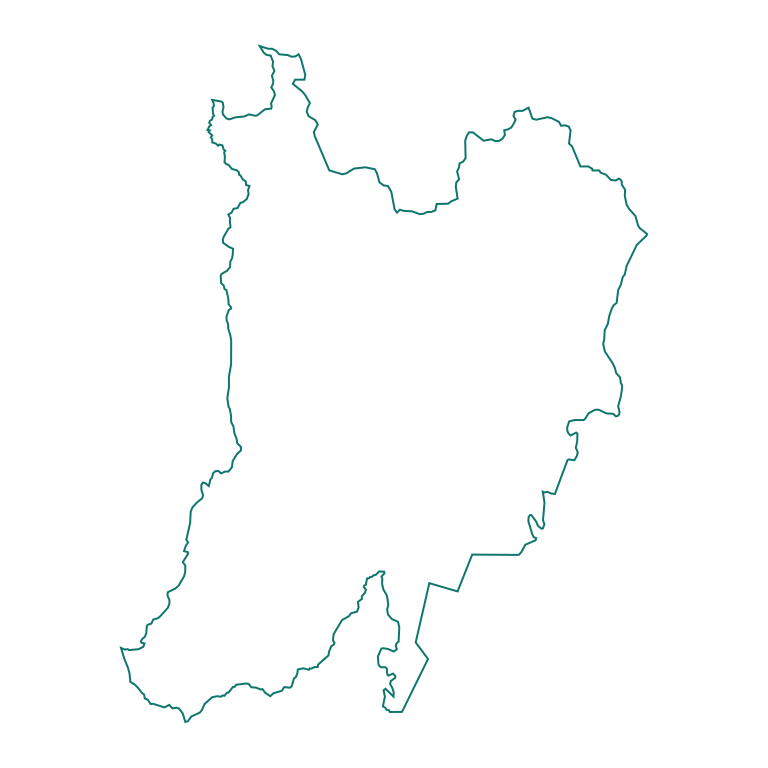 Machadinho D'Oeste, Rondônia, Brazil (Robinson projection)
{"feature_id": "56859067B12494646191550", "entity_name": "Machadinho D'Oeste", "entity_type": "district", "adm_level": 2, "iso_a3": "BRA", "parent_name": "Brazil", "parent_adm1": "Rondônia", "projection": "robinson", "projection_center": [-62.078, -9.19], "detail": "fine", "context": "isolated", "style": "outline", "palette": "teal", "viewbox_px": 768, "rotation_deg": 0, "n_neighbors": 0, "source": "geoboundaries", "source_scale": "gbopen_adm2", "svg_char_len": 6098}
<svg xmlns="http://www.w3.org/2000/svg" viewBox="0 0 768 768"><path d="M185.3,721.9L187.8,721.3L191.3,716.5L199.8,712.6L202.0,709.9L204.5,704.1L212.2,697.2L217.3,696.2L221.0,696.7L222.7,695.4L224.4,695.8L227.0,692.7L228.5,692.6L232.9,687.0L234.7,686.8L236.3,684.7L246.3,683.5L248.7,683.9L251.3,687.3L256.0,687.6L260.6,689.5L262.5,689.1L265.2,692.8L270.3,696.2L273.4,693.3L281.8,690.8L284.2,687.1L289.9,687.7L291.6,686.5L294.0,678.4L296.0,676.9L297.4,673.0L297.8,669.5L303.5,668.3L308.9,669.8L309.7,668.4L311.3,668.6L315.1,666.9L317.7,667.1L318.2,664.5L328.5,655.4L329.0,651.7L331.4,646.0L333.6,644.8L334.5,642.8L333.0,640.3L333.6,634.2L342.1,620.0L348.9,616.2L351.0,613.3L357.0,611.6L358.6,607.6L358.0,601.9L361.9,598.9L361.8,596.3L365.0,592.6L365.9,589.6L363.8,587.0L364.3,585.5L365.8,584.8L367.1,578.4L369.0,578.3L370.2,576.9L372.2,576.8L373.4,575.3L375.9,574.8L379.1,571.4L384.1,571.7L384.5,573.3L381.5,576.5L382.3,578.2L382.1,584.1L383.4,589.6L386.7,595.1L387.3,597.7L388.3,605.0L387.1,609.5L388.0,614.6L392.0,619.1L398.0,621.8L399.3,627.3L398.6,641.5L396.4,643.6L395.8,645.9L396.8,649.3L393.7,651.5L387.8,648.9L382.8,648.2L381.3,648.7L377.9,656.4L378.4,664.0L379.4,666.0L381.0,667.3L385.3,667.2L386.8,668.5L387.3,674.4L388.4,675.6L393.1,673.6L395.3,676.0L395.3,677.8L390.8,681.0L390.1,684.1L392.3,687.8L393.7,692.3L393.5,696.6L385.5,688.8L383.6,690.3L384.9,696.7L382.9,706.4L385.2,707.6L386.6,709.9L388.6,710.0L389.8,712.0L402.0,711.9L428.0,659.0L415.7,642.4L429.3,583.2L457.6,591.4L472.2,554.6L517.8,554.9L519.2,554.6L521.3,552.1L525.4,544.7L535.6,540.3L536.2,538.1L533.8,537.2L532.4,534.6L528.4,521.4L528.6,517.1L530.0,515.1L531.5,515.1L536.2,521.7L537.9,525.7L541.4,528.7L542.9,528.4L544.4,524.2L543.0,520.2L544.5,502.7L542.8,491.7L544.7,492.5L547.6,491.8L550.7,493.4L554.9,494.0L567.5,460.1L568.9,459.4L574.4,460.2L576.8,456.1L577.8,452.3L575.8,447.8L577.2,441.4L577.4,433.5L576.2,432.6L570.5,435.5L568.4,433.2L567.3,430.8L567.2,427.4L569.2,421.4L574.9,420.0L583.5,420.1L585.2,418.7L588.6,413.3L595.0,409.8L598.6,409.7L606.5,413.4L613.2,413.8L615.8,416.3L617.5,416.1L619.0,414.5L619.6,412.1L618.1,406.5L620.9,396.2L622.2,387.3L621.8,384.8L620.8,382.9L620.1,377.5L616.1,372.9L615.0,368.3L612.7,363.3L604.9,351.6L603.2,344.1L604.3,338.6L604.7,330.2L607.8,324.0L609.3,315.8L611.9,308.3L613.7,305.2L616.6,302.9L618.2,290.0L620.8,284.9L622.7,277.1L624.8,274.5L626.6,266.0L636.8,244.9L646.6,235.5L647.0,233.9L639.7,228.1L638.0,225.3L635.5,216.1L629.2,209.0L626.6,204.8L624.8,195.8L625.1,189.8L621.8,184.6L621.7,181.3L620.4,179.7L618.9,178.6L615.7,180.5L610.9,179.9L606.0,174.7L600.8,172.8L599.1,170.4L592.5,170.5L592.2,168.7L588.1,166.4L580.4,166.5L572.1,146.4L569.0,143.5L570.6,130.3L568.6,126.5L565.0,125.3L561.1,125.8L559.0,121.9L551.7,118.2L547.8,117.2L536.2,119.7L532.4,118.6L528.6,107.7L522.4,110.9L518.6,110.8L514.7,111.8L513.5,115.9L515.6,119.8L513.5,124.0L511.3,127.5L507.9,129.4L504.2,130.3L504.9,134.9L502.5,138.7L498.9,141.0L495.1,141.0L491.4,139.3L483.6,140.7L473.0,132.4L468.9,132.4L466.7,136.1L465.2,140.5L465.6,158.1L463.3,161.5L459.6,163.4L458.9,167.6L457.1,171.4L459.1,179.4L456.3,182.3L455.8,186.7L457.6,198.6L451.3,201.3L448.2,203.7L436.7,204.0L435.3,210.4L431.4,211.9L427.1,212.0L423.6,213.7L419.8,214.2L412.0,211.3L403.7,210.9L399.9,209.7L397.0,212.6L394.6,209.4L391.3,191.8L387.9,186.0L383.6,185.4L379.5,182.4L377.0,173.3L374.8,169.2L365.4,167.3L353.9,168.6L346.2,173.4L342.4,174.3L329.3,170.4L314.8,136.2L313.8,132.1L317.8,124.5L315.2,120.1L308.6,116.2L306.7,111.7L307.9,107.0L309.9,103.1L305.1,94.9L302.0,91.3L292.8,83.8L295.1,79.7L304.4,79.7L305.3,74.9L300.9,58.8L298.6,54.3L295.4,56.4L291.5,56.7L287.9,55.1L279.2,54.3L276.2,50.9L272.3,48.8L268.5,48.8L259.7,46.1L263.9,52.8L266.3,54.8L270.7,55.6L273.1,61.9L272.5,66.2L274.4,70.9L271.9,75.7L273.3,80.8L273.1,83.6L271.3,87.5L274.0,91.4L274.9,95.1L271.0,103.6L271.7,106.3L271.2,108.6L264.9,109.3L257.6,115.1L255.6,115.8L249.0,114.4L244.1,116.5L235.6,117.3L229.2,119.4L226.4,118.4L222.9,114.4L222.5,111.8L223.5,107.2L222.8,102.8L221.5,101.6L212.2,99.9L213.5,102.8L213.9,105.9L212.6,107.7L213.0,113.4L214.1,115.8L212.6,116.9L212.1,119.5L209.9,120.8L209.2,122.8L211.1,125.0L209.3,126.3L207.5,130.0L209.9,130.4L208.6,132.0L212.2,135.5L210.9,137.3L212.2,139.4L212.3,142.4L215.9,143.6L218.0,145.7L219.3,144.5L222.4,145.4L223.7,149.6L225.3,150.8L224.2,152.2L224.9,157.0L224.5,162.3L226.3,164.1L228.6,164.9L232.0,169.0L236.7,170.3L238.8,172.2L239.1,174.7L240.4,175.4L242.8,179.4L245.8,181.5L246.0,185.0L249.5,186.0L248.0,190.1L248.6,194.1L246.7,199.1L242.9,202.2L240.4,202.8L237.6,208.0L233.6,208.8L231.6,212.5L228.3,214.6L230.2,218.3L229.8,220.6L230.5,227.2L228.4,228.7L223.7,236.8L222.8,239.5L223.1,242.8L229.0,247.0L233.0,248.7L232.8,254.0L232.1,258.2L230.3,261.6L230.1,267.0L227.0,270.8L221.5,274.0L220.7,275.8L221.1,283.1L223.7,285.5L224.5,289.0L226.4,290.1L228.3,298.7L228.6,304.3L230.8,306.9L231.1,308.5L228.8,310.1L226.5,316.6L226.6,320.2L228.0,323.9L228.3,328.8L230.4,335.5L231.2,341.2L231.1,364.2L228.9,376.7L229.0,386.9L227.3,398.4L228.6,406.9L229.8,408.8L231.0,415.6L231.2,422.2L233.5,426.5L234.3,433.0L236.7,439.2L237.3,443.4L240.9,446.9L240.9,450.4L237.0,454.1L232.7,461.0L231.9,467.3L228.4,471.6L225.3,471.5L221.0,473.4L218.5,471.0L215.3,471.2L213.2,473.1L211.8,477.9L210.4,479.5L208.8,486.1L205.6,483.3L203.0,482.5L201.4,484.7L201.4,489.9L203.1,495.4L202.2,498.2L196.6,502.8L192.4,507.5L190.7,511.7L190.1,523.3L186.3,539.7L188.1,542.3L185.8,545.8L184.0,551.1L187.7,552.1L188.1,553.7L182.8,562.1L185.3,565.5L185.2,572.3L184.0,576.4L178.7,585.6L175.2,588.6L167.7,592.3L167.5,595.7L169.4,599.8L169.4,603.9L167.7,608.0L160.0,616.5L158.1,618.1L153.2,619.6L151.3,623.6L147.6,624.8L146.8,626.3L146.2,633.5L144.9,636.7L142.2,639.0L140.8,641.4L141.5,642.8L144.5,643.4L143.3,646.8L138.6,649.2L128.9,650.1L127.8,649.2L124.6,649.5L121.0,647.9L124.4,659.0L128.1,668.1L129.5,673.5L130.4,682.0L134.7,684.5L138.0,687.8L141.8,692.8L144.1,694.5L144.8,698.5L147.6,699.6L150.6,704.0L153.1,703.8L164.4,707.4L169.3,704.9L172.5,708.4L176.4,707.7L179.1,708.6L182.8,713.6L185.3,721.9Z" fill="none" stroke="#0f766e" stroke-width="2"/></svg>